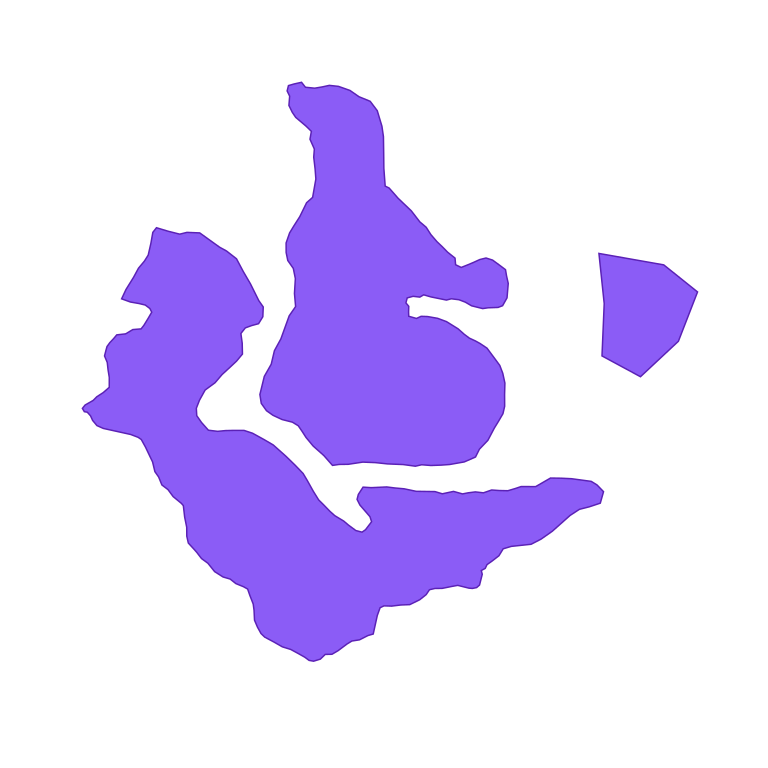 Värmdö, Stockholm, Sweden, rotated 10°
{"feature_id": "70781695B62142289931887", "entity_name": "Värmdö", "entity_type": "district", "adm_level": 2, "iso_a3": "SWE", "parent_name": "Sweden", "parent_adm1": "Stockholm", "projection": "mercator", "projection_center": [18.505, 59.313], "detail": "fine", "context": "isolated", "style": "filled", "palette": "violet", "viewbox_px": 768, "rotation_deg": 10, "n_neighbors": 0, "source": "geoboundaries", "source_scale": "gbopen_adm2", "svg_char_len": 4342}
<svg xmlns="http://www.w3.org/2000/svg" viewBox="0 0 768 768"><g transform="rotate(10 384 384)"><path d="M110.8,345.7L120.0,347.3L128.9,347.3L135.2,347.7L140.3,350.3L142.8,353.6L140.3,360.4L137.3,368.0L135.2,371.9L127.2,374.0L120.8,379.5L112.3,382.0L109.8,386.3L106.8,390.9L104.7,395.2L104.3,399.4L103.9,404.9L107.7,410.8L109.8,418.0L112.3,425.2L114.0,435.0L108.9,441.3L103.4,446.4L100.5,450.6L93.3,456.6L91.2,460.4L93.7,463.3L96.7,463.3L100.5,466.3L103.4,470.5L108.5,474.8L115.3,476.5L143.3,477.7L151.1,479.2L154.6,480.8L160.1,487.6L165.5,495.2L169.6,500.9L173.6,510.1L178.2,514.7L182.8,522.0L189.6,525.5L195.9,531.5L205.1,536.7L207.5,538.6L210.8,549.7L214.6,559.4L216.2,568.1L218.9,574.6L225.7,579.8L228.7,582.2L234.6,587.6L241.7,591.1L249.8,598.2L259.0,602.0L266.3,602.8L272.8,606.3L280.7,608.0L285.3,609.6L288.6,615.5L293.4,623.4L295.3,629.4L297.5,639.1L301.6,645.4L306.2,651.1L310.5,654.0L320.6,657.3L329.5,660.5L338.2,661.6L346.3,664.3L353.4,666.8L358.2,669.2L362.8,669.2L369.1,666.0L373.1,660.5L379.7,659.2L385.1,654.6L392.7,646.5L397.0,642.7L404.3,640.2L411.9,634.5L416.8,632.1L417.6,613.1L419.0,605.0L422.5,602.5L430.1,601.4L439.0,598.7L447.7,596.8L456.6,590.3L462.1,584.1L464.5,578.7L469.7,576.5L476.7,575.2L481.6,573.3L485.9,571.6L491.6,569.5L503.0,570.3L506.5,570.0L510.6,568.4L513.0,565.4L513.8,554.3L512.2,550.8L515.7,548.0L516.8,544.0L520.9,539.9L527.0,533.2L530.0,525.6L537.6,521.8L556.7,516.3L565.6,509.5L575.3,499.8L590.1,481.1L598.2,473.5L607.5,469.3L617.7,463.8L618.9,451.9L611.3,446.4L605.0,443.9L585.1,444.7L574.9,446.0L564.3,447.7L551.2,458.7L536.8,461.2L531.3,464.2L524.5,467.6L516.0,468.9L508.4,469.7L500.8,473.9L492.7,474.4L485.9,476.5L480.4,478.6L471.1,477.7L460.5,482.0L452.9,481.1L434.3,484.1L422.0,483.7L412.7,484.5L404.6,484.9L389.4,488.3L381.3,489.2L377.9,497.2L377.5,502.3L381.3,507.4L385.5,510.8L393.2,517.1L395.7,521.8L391.1,530.7L388.1,533.7L381.7,533.2L373.3,529.0L368.2,526.0L358.4,522.2L352.9,518.8L345.3,513.3L339.8,509.5L333.0,501.9L325.0,492.1L319.9,486.2L310.6,479.4L300.0,472.2L285.6,463.3L275.4,459.5L263.1,455.3L254.2,454.0L244.5,455.7L236.0,457.4L228.4,459.5L219.1,460.0L211.0,453.6L205.1,447.7L203.4,440.5L205.1,432.0L208.9,421.0L217.4,412.1L222.9,402.8L229.7,393.9L234.8,387.1L239.4,379.1L237.3,368.5L234.3,359.1L237.7,352.8L243.6,349.4L250.0,346.4L253.0,338.8L251.7,329.1L246.2,323.6L235.2,308.7L225.9,297.7L217.0,286.3L205.9,280.4L198.3,277.8L185.2,271.5L176.3,267.2L163.6,268.9L156.8,271.9L144.5,271.0L132.8,269.6L130.0,274.8L130.0,286.1L129.4,298.0L126.7,304.6L122.1,312.6L118.8,322.5L113.5,335.7L110.8,345.7ZM309.4,105.4L299.5,100.8L287.5,98.8L278.3,99.4L271.7,102.1L264.4,104.7L255.1,105.4L250.4,101.2L243.2,104.2L238.1,106.7L237.7,112.2L241.1,116.9L242.0,126.2L246.6,132.5L250.8,136.8L255.1,139.3L262.3,143.5L268.6,147.8L268.6,155.8L274.6,164.7L275.4,172.8L278.8,184.2L281.3,194.0L281.3,212.6L276.3,218.9L272.0,233.8L267.8,243.9L264.8,251.6L263.1,262.1L264.8,271.5L267.8,279.1L274.6,285.9L278.4,295.6L280.1,310.4L283.5,323.1L278.8,333.3L274.6,357.5L270.3,370.2L269.5,384.1L264.8,397.3L263.6,415.9L266.5,424.4L272.9,430.7L280.1,434.1L289.8,436.7L300.4,437.5L306.8,440.0L311.8,445.1L316.5,450.2L325.0,457.4L337.3,465.0L347.4,473.1L353.8,471.0L362.7,469.3L376.7,464.6L389.4,462.9L401.2,462.1L416.9,460.0L429.2,459.5L435.1,457.0L444.4,456.1L454.2,454.0L462.6,451.9L476.6,446.8L486.8,440.0L489.3,431.6L496.1,421.4L500.3,408.3L503.3,400.7L506.3,392.6L506.7,385.0L504.6,373.5L502.9,362.1L499.1,352.8L494.8,345.6L488.1,339.2L479.2,330.8L471.5,327.4L466.5,325.7L460.1,324.0L454.2,321.0L447.4,316.8L434.7,311.7L425.4,310.0L415.2,310.0L408.8,310.9L404.6,313.8L396.6,313.0L395.7,308.7L394.9,303.2L391.5,300.3L391.9,295.2L397.4,292.6L404.2,292.2L407.6,289.3L415.2,290.1L430.9,290.5L435.5,288.4L443.2,288.0L449.9,289.3L456.7,291.8L468.1,292.6L473.2,290.9L483.0,288.8L487.2,286.3L490.2,277.8L488.9,263.4L485.9,256.2L483.8,250.3L477.9,247.3L469.4,243.1L462.6,242.2L456.7,244.8L451.2,248.6L445.3,252.4L439.8,255.8L433.8,254.1L432.1,247.7L423.7,243.1L417.7,238.8L411.4,234.6L404.2,228.7L398.3,222.3L391.1,218.1L380.9,208.8L365.6,198.6L355.0,190.1L350.8,188.9L346.4,171.6L343.8,157.7L340.5,140.5L337.2,130.5L329.9,116.0L321.3,108.0L309.4,105.4ZM666.5,290.8L676.8,238.9L638.8,218.1L573.0,218.1L586.9,266.6L593.8,318.5L635.3,332.3L666.5,290.8Z" fill="#8b5cf6" stroke="#5b21b6" stroke-width="1.5"/></g></svg>